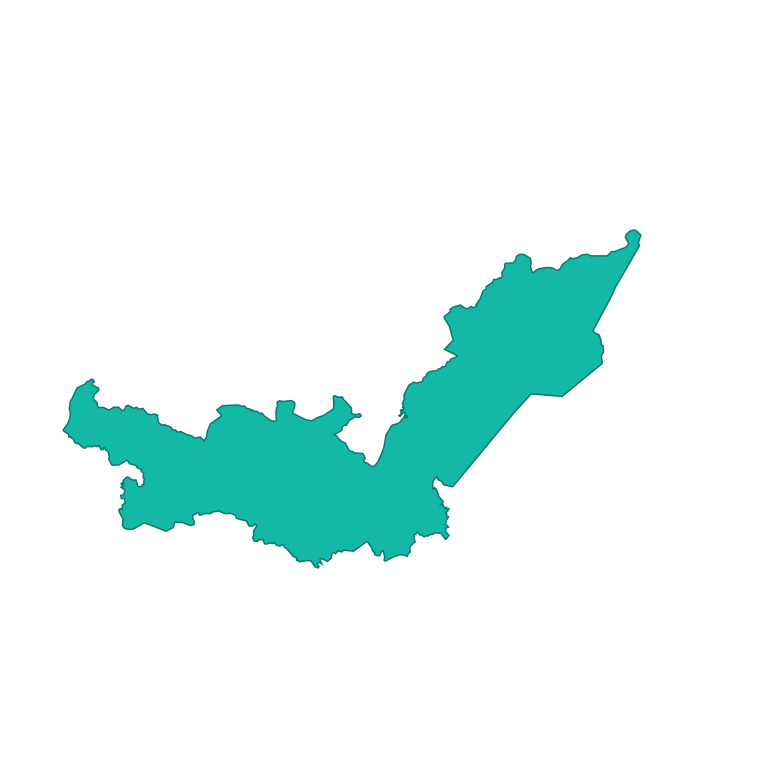 outline of Huehuetla, Hidalgo, Mexico, rotated 57°
{"feature_id": "50627088B94198813487846", "entity_name": "Huehuetla", "entity_type": "district", "adm_level": 2, "iso_a3": "MEX", "parent_name": "Mexico", "parent_adm1": "Hidalgo", "projection": "natural_earth1", "projection_center": [-98.075, 20.532], "detail": "fine", "context": "isolated", "style": "filled", "palette": "teal", "viewbox_px": 768, "rotation_deg": 57, "n_neighbors": 0, "source": "geoboundaries", "source_scale": "gbopen_adm2", "svg_char_len": 6162}
<svg xmlns="http://www.w3.org/2000/svg" viewBox="0 0 768 768"><g transform="rotate(57 384 384)"><path d="M547.9,416.6L546.5,411.9L541.9,412.7L539.6,411.7L538.7,410.9L539.1,407.8L536.9,408.1L535.6,409.1L534.6,408.5L532.3,406.1L530.6,402.2L528.6,403.5L526.8,401.8L525.5,402.1L525.1,399.3L524.0,397.6L523.1,400.2L521.5,398.7L520.9,400.7L517.7,400.4L515.9,402.5L515.6,401.7L517.0,400.2L515.3,399.7L514.7,398.3L507.7,399.5L506.6,398.6L500.2,397.5L499.7,398.3L498.4,398.0L498.8,400.0L498.2,400.2L492.2,396.0L490.5,390.3L493.2,390.4L493.5,391.0L496.7,388.7L501.1,388.8L507.6,382.3L479.0,290.9L472.5,265.9L491.4,241.4L485.7,190.3L484.6,188.9L480.1,187.2L478.0,185.4L476.7,182.5L471.3,179.3L469.7,180.4L465.9,178.3L459.9,176.9L455.7,179.5L453.1,179.7L434.3,145.4L429.0,137.3L407.0,94.1L405.2,94.2L403.3,92.9L399.1,87.5L392.2,89.1L390.9,90.7L389.8,94.3L390.4,99.1L392.3,101.7L399.2,102.2L400.5,104.2L401.0,107.0L398.6,118.2L397.0,121.1L398.1,127.1L389.4,140.4L385.4,143.5L383.5,148.2L383.4,152.5L382.2,156.3L381.2,158.1L379.5,159.0L380.6,163.0L380.8,168.7L383.3,173.5L383.2,176.5L381.9,178.0L378.1,179.7L374.8,184.2L371.8,191.3L371.3,195.0L372.0,196.6L371.3,199.0L365.3,197.2L362.3,194.5L358.4,192.8L352.2,195.7L349.8,198.3L348.9,201.5L349.1,203.3L351.9,206.4L352.7,210.2L348.9,216.3L349.3,217.4L352.5,219.6L354.9,224.6L358.2,226.2L358.8,228.4L357.9,229.1L357.6,233.2L356.0,235.2L357.9,237.3L358.0,245.2L360.1,246.8L359.8,249.9L364.9,256.9L367.6,263.7L369.1,263.5L368.6,267.8L366.3,268.7L366.6,272.0L365.1,274.6L359.3,277.0L357.3,283.9L357.3,286.8L357.7,288.2L359.5,289.2L360.2,296.6L361.4,297.5L371.4,297.8L384.8,302.0L387.9,314.5L397.4,308.6L400.2,307.4L400.9,308.1L399.5,314.1L400.7,316.7L400.1,319.3L402.2,322.1L402.6,324.0L401.1,325.9L401.9,328.0L401.1,330.5L401.5,332.5L398.3,339.3L398.9,341.2L398.5,341.9L400.7,345.1L400.2,347.3L402.8,350.8L401.1,355.8L398.5,358.5L398.9,360.9L398.3,362.4L398.9,364.3L403.0,371.7L405.4,374.2L407.2,374.6L410.5,379.3L411.8,379.2L413.5,381.1L415.1,380.2L415.6,381.4L414.9,384.4L415.7,384.6L416.7,383.0L417.2,385.5L418.1,385.4L418.4,386.9L419.0,386.5L418.7,388.6L419.9,388.2L418.7,383.0L419.3,381.6L421.5,383.6L422.1,382.8L422.9,383.1L423.5,381.7L424.7,382.5L424.8,383.3L422.4,384.9L424.8,391.7L424.7,394.2L423.2,398.5L423.4,401.1L428.1,410.3L436.8,418.3L440.2,422.7L445.7,430.9L447.8,437.0L446.2,439.4L440.9,441.3L439.4,443.1L436.2,442.4L436.6,441.1L435.8,440.1L430.9,439.6L425.3,446.7L423.6,447.0L421.1,449.5L412.6,448.6L409.1,450.9L404.1,452.1L402.3,451.8L399.4,453.4L399.9,444.8L397.0,441.9L397.1,439.3L398.2,438.2L395.7,433.4L395.8,426.2L398.4,423.0L398.3,420.5L395.8,420.4L394.3,424.3L391.5,427.4L386.3,424.3L374.7,426.4L372.4,425.9L370.1,429.6L367.0,431.7L366.8,433.2L373.9,437.3L376.9,439.8L377.4,441.0L377.5,451.3L375.8,458.8L375.5,464.8L370.9,469.4L358.5,476.7L354.4,471.4L351.7,469.3L349.8,469.2L347.3,470.9L343.7,478.2L341.2,480.8L340.8,482.7L341.9,484.2L344.4,485.0L345.7,487.4L349.4,490.4L356.0,494.1L356.1,495.7L353.5,498.4L350.7,499.8L345.8,501.8L342.1,502.1L341.0,504.1L337.6,505.5L336.3,507.7L334.5,508.1L334.0,509.8L332.8,509.5L329.3,512.6L326.6,513.0L324.7,515.9L322.3,517.5L314.2,531.2L314.7,538.5L321.0,537.4L322.3,538.3L322.9,551.3L327.1,557.5L331.5,561.4L333.8,565.8L328.2,567.1L326.3,572.4L323.0,573.3L319.2,576.8L312.9,580.6L312.2,583.1L308.7,584.2L307.5,586.2L304.1,586.2L298.9,590.0L297.7,592.2L294.8,594.0L291.9,593.6L286.6,591.0L283.8,593.2L282.9,596.5L281.7,596.9L280.9,598.7L273.1,599.5L271.9,603.1L268.9,604.2L268.0,607.2L262.5,610.2L262.1,612.8L264.4,615.8L264.0,618.1L258.5,619.4L258.2,620.8L256.4,622.7L256.0,629.0L250.8,632.1L248.4,636.0L246.1,636.3L243.0,634.8L239.2,635.9L237.1,635.2L234.9,632.6L234.1,627.4L233.0,626.0L231.6,625.9L226.0,629.1L224.8,628.4L224.3,625.7L221.8,625.6L220.5,627.3L221.1,630.3L220.1,632.0L221.0,633.6L221.2,636.5L220.2,642.8L220.8,644.8L226.1,653.0L227.6,656.5L233.5,661.5L237.4,662.7L241.8,666.4L245.2,671.2L247.9,678.3L249.5,678.2L254.4,675.8L257.0,677.2L257.2,676.3L261.1,674.5L265.2,675.2L268.1,672.6L274.2,670.7L275.1,669.2L274.6,667.2L277.9,662.6L278.0,660.3L280.5,658.6L280.2,656.6L285.1,657.1L286.0,655.1L284.8,653.9L285.1,653.2L287.6,653.4L290.7,652.2L295.6,654.2L297.2,655.9L304.0,656.3L307.5,650.3L307.9,640.9L312.4,640.8L317.0,636.5L319.9,636.6L323.0,634.2L324.9,635.1L327.9,634.3L330.9,636.7L333.3,637.0L335.8,639.4L337.6,639.8L336.9,641.7L338.0,643.5L336.0,646.1L329.3,644.3L327.8,647.0L322.5,649.5L322.0,650.3L322.9,655.4L324.6,656.4L324.2,658.4L324.9,659.0L325.7,656.6L327.3,660.6L328.1,659.0L328.8,660.3L331.9,658.9L335.2,662.7L334.0,665.4L337.1,666.7L338.4,664.1L342.6,665.4L342.9,669.1L346.1,671.8L344.8,673.4L345.0,674.6L346.4,675.6L355.1,676.4L360.3,680.5L364.0,680.2L367.4,676.7L369.3,672.8L369.8,660.6L388.8,646.9L389.6,638.9L385.9,635.0L390.4,628.5L396.8,623.8L397.9,622.3L398.2,619.8L397.2,618.4L390.9,617.1L389.6,614.7L390.6,613.4L390.1,610.7L391.0,609.8L393.2,610.2L394.1,609.1L394.7,605.5L398.2,600.0L398.1,597.1L400.6,591.4L404.6,589.2L407.4,586.4L407.8,584.7L410.3,581.7L411.9,581.2L412.7,580.0L416.5,580.8L423.8,574.1L429.6,574.5L431.8,571.0L431.5,568.6L432.4,567.7L433.6,567.8L435.6,572.4L437.3,574.3L440.2,575.6L441.4,577.9L445.2,578.4L446.9,575.7L446.8,573.0L448.3,570.4L453.1,571.2L454.6,569.0L455.1,566.1L456.9,564.4L457.8,562.3L460.1,562.1L463.2,559.8L463.7,555.9L467.2,556.4L468.8,555.3L479.3,554.0L482.4,551.8L484.2,553.4L487.5,551.2L487.7,549.2L488.7,548.6L489.7,545.6L492.5,541.5L499.5,541.5L502.3,539.4L501.8,538.0L497.9,538.1L498.5,535.2L501.1,534.0L496.5,533.5L496.2,532.4L497.0,530.9L502.0,528.2L501.4,523.3L498.0,519.9L497.7,518.1L500.0,517.0L499.0,513.8L499.9,512.2L501.8,511.2L501.4,508.3L507.6,500.6L506.7,484.7L507.9,483.8L514.1,483.5L518.8,484.4L520.4,483.7L522.2,484.7L524.6,482.9L525.5,481.0L523.1,477.1L522.9,475.9L523.6,475.4L529.0,477.5L532.1,479.9L533.3,479.3L534.2,470.0L535.8,463.7L538.4,460.5L541.2,458.5L539.4,455.8L539.1,453.4L535.7,451.8L534.1,449.9L533.4,443.9L528.9,442.5L527.0,440.6L527.3,439.6L526.3,436.6L530.1,436.2L530.9,434.9L534.2,433.5L534.1,431.8L535.4,430.1L535.4,427.7L536.8,424.7L536.4,422.4L540.3,417.5L547.2,417.2L547.9,416.6Z" fill="#14b8a6" stroke="#0f766e" stroke-width="1.5"/></g></svg>